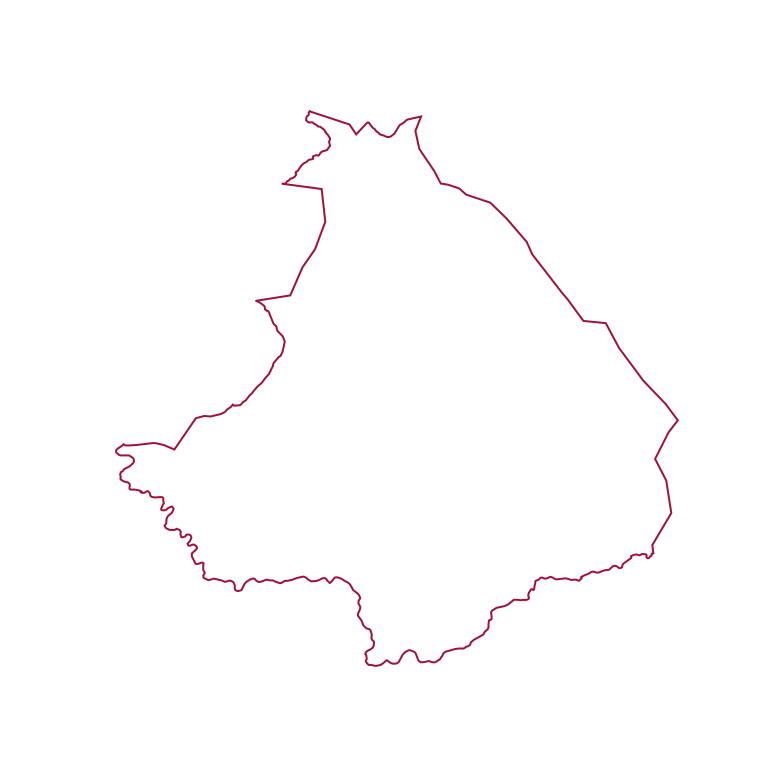 the district of Arbulag, Hövsgöl, Mongolia, rotated 347°
{"feature_id": "93677404B38396259035136", "entity_name": "Arbulag", "entity_type": "district", "adm_level": 2, "iso_a3": "MNG", "parent_name": "Mongolia", "parent_adm1": "Hövsgöl", "projection": "natural_earth1", "projection_center": [99.205, 49.962], "detail": "fine", "context": "isolated", "style": "outline", "palette": "rose", "viewbox_px": 768, "rotation_deg": 347, "n_neighbors": 0, "source": "geoboundaries", "source_scale": "gbopen_adm2", "svg_char_len": 6166}
<svg xmlns="http://www.w3.org/2000/svg" viewBox="0 0 768 768"><g transform="rotate(347 384 384)"><path d="M480.3,131.7L466.5,131.6L464.8,132.1L462.7,133.5L457.9,135.2L456.7,136.0L450.6,142.3L446.1,144.4L443.7,144.4L442.4,143.9L438.2,140.9L437.0,140.5L435.9,139.4L435.0,137.8L433.4,136.1L432.1,133.3L430.9,132.1L428.5,127.2L428.2,126.0L426.8,125.5L425.8,126.0L413.1,134.5L408.7,123.3L374.0,102.3L373.1,101.4L371.7,102.5L371.3,104.6L371.0,105.0L369.5,105.7L368.4,106.8L367.4,109.4L368.0,110.5L369.5,112.2L373.0,112.9L373.6,113.3L374.2,114.4L376.2,116.1L377.9,118.4L379.7,119.0L382.9,122.8L383.6,125.2L384.3,126.1L384.2,127.1L385.1,128.1L386.6,132.3L386.3,133.8L384.9,135.7L385.0,139.7L381.2,143.2L375.9,143.6L374.5,144.2L372.0,146.5L371.4,146.7L369.6,145.8L366.3,146.1L365.8,146.8L365.6,148.5L365.2,148.8L361.1,148.7L358.5,150.2L355.4,151.0L353.0,152.3L347.6,157.1L345.7,157.7L345.4,158.5L345.6,160.1L343.8,161.9L341.5,162.8L338.9,162.9L336.9,164.4L335.1,164.7L334.0,165.9L333.0,166.5L329.4,165.8L367.1,180.0L363.3,212.7L347.1,237.2L330.8,252.0L312.6,276.6L277.5,274.1L278.8,274.7L281.1,276.5L285.0,281.1L285.1,282.0L284.8,284.4L286.4,286.4L287.2,286.7L288.2,288.4L288.3,290.4L289.8,299.9L290.3,301.2L291.8,303.0L292.1,304.7L291.9,307.3L292.3,308.6L296.1,314.8L296.9,320.2L292.7,329.2L289.6,333.3L287.3,334.1L280.8,339.1L279.6,341.8L277.1,344.6L276.3,346.0L275.3,346.7L274.6,348.1L269.3,351.8L265.3,355.3L260.2,358.0L255.5,361.4L253.4,363.3L250.4,364.9L245.6,368.9L242.6,369.9L239.9,371.9L238.7,372.2L233.6,371.5L233.0,371.3L232.0,370.1L230.0,371.7L225.2,373.7L222.6,375.5L218.1,376.6L207.6,376.6L201.5,374.7L193.0,375.0L165.0,400.7L156.0,394.1L148.7,390.5L145.9,389.6L129.5,387.8L121.7,386.5L119.0,385.9L117.7,385.3L116.7,384.1L115.3,385.1L110.4,386.9L108.2,388.2L107.7,389.9L107.9,390.9L110.1,393.7L111.5,394.4L117.4,395.7L119.7,396.4L122.4,399.2L123.2,400.4L123.1,403.0L121.9,404.6L117.6,407.0L111.6,408.5L109.7,410.2L107.8,410.7L106.5,412.9L106.6,415.3L105.9,416.9L106.0,417.8L108.3,420.2L112.3,422.3L113.5,423.7L113.6,425.4L112.5,428.3L112.8,429.4L113.6,430.0L116.7,430.6L120.7,432.2L123.0,433.7L123.8,434.8L123.6,435.0L122.4,434.0L122.6,434.9L124.5,435.8L125.7,436.1L128.9,435.2L129.7,435.3L130.3,435.8L131.1,437.2L131.3,440.5L132.5,441.9L135.2,443.0L141.3,444.0L142.9,444.7L143.3,445.6L142.6,448.1L142.7,450.6L141.4,451.9L138.7,455.6L138.7,456.4L139.1,457.0L141.1,457.6L143.1,457.7L146.1,456.2L149.3,455.6L149.9,455.8L150.8,457.7L150.9,458.3L150.5,459.0L148.5,461.7L144.0,463.9L142.5,465.5L141.7,466.7L140.6,470.5L139.7,471.7L138.5,472.3L138.3,473.0L139.4,475.7L142.3,477.9L145.8,478.9L148.2,479.0L149.2,478.4L152.0,480.2L152.8,482.2L151.9,484.3L152.0,487.1L152.3,487.7L153.3,488.1L155.6,487.9L156.4,487.6L157.2,486.6L158.3,486.4L160.5,487.0L161.5,488.1L161.8,489.5L161.5,490.9L159.5,493.4L156.8,495.3L156.7,496.1L157.3,497.6L158.0,497.9L162.0,497.5L162.9,497.8L164.0,499.0L165.0,501.0L164.8,502.0L163.1,503.4L158.6,505.9L158.0,508.8L160.0,516.8L161.5,517.5L166.3,517.0L167.1,517.3L167.9,518.2L167.0,520.2L166.1,524.4L166.3,525.9L166.9,527.4L166.7,528.1L164.8,530.0L164.6,531.6L164.8,532.4L168.8,535.7L174.6,535.4L181.3,538.7L184.5,541.0L189.8,540.9L190.7,541.4L192.5,543.1L192.9,544.2L193.3,546.8L192.6,549.4L192.7,551.0L193.6,552.2L195.0,552.9L197.8,552.9L198.8,552.7L202.8,547.8L205.0,546.0L209.6,544.3L213.0,544.1L214.2,544.8L215.3,547.0L217.1,548.6L219.3,549.0L225.5,548.2L228.7,549.7L231.7,550.4L233.9,552.3L237.8,554.7L239.2,554.8L242.9,553.5L246.0,554.1L250.2,554.1L255.9,553.4L261.7,553.5L262.5,553.7L264.6,555.2L265.6,556.9L268.6,559.9L273.6,560.7L276.2,560.5L280.5,559.4L282.9,560.0L283.9,560.9L284.4,562.7L286.4,565.7L287.9,565.1L291.6,562.1L292.9,561.5L295.4,562.0L299.0,564.4L301.1,566.7L304.4,569.6L305.3,570.8L306.0,572.2L307.6,577.8L311.5,582.6L312.5,585.4L312.6,587.4L310.4,589.7L309.9,591.3L309.8,592.4L310.7,595.3L310.6,596.6L309.9,598.1L306.8,602.3L306.6,604.2L308.8,609.3L309.6,614.4L310.1,615.4L311.8,618.1L314.5,619.6L315.5,621.0L315.7,625.5L314.5,629.1L314.8,630.5L316.1,632.4L316.2,633.4L315.2,636.4L313.9,638.3L311.3,639.5L308.2,640.2L305.6,641.6L305.4,642.7L305.0,643.1L305.6,643.8L305.7,644.2L305.4,647.7L305.1,648.5L304.0,649.6L303.9,650.6L305.1,653.2L306.2,654.4L309.5,655.3L311.0,656.3L313.2,656.9L317.4,657.0L320.6,655.8L324.2,653.8L324.9,654.0L327.7,657.3L329.5,658.4L332.4,659.1L334.3,658.9L335.9,658.1L341.0,652.3L342.5,651.1L345.0,649.8L348.2,649.0L349.1,649.1L352.7,651.4L354.0,652.8L354.3,653.9L355.3,661.2L357.1,663.4L360.3,664.0L365.3,664.0L368.5,666.0L370.7,666.6L371.8,666.5L376.8,664.7L377.9,663.4L379.3,662.4L381.2,660.0L382.4,659.2L384.2,658.7L394.0,658.2L398.2,658.7L401.4,659.6L403.1,659.4L404.9,658.5L406.7,658.5L409.1,657.6L410.7,655.2L414.2,653.4L424.0,650.6L425.0,649.9L426.1,648.4L429.9,646.3L431.2,644.3L431.7,641.8L433.1,638.1L433.7,637.7L435.0,637.8L436.0,636.9L436.5,635.2L436.9,630.7L438.4,629.1L443.4,627.4L451.5,627.5L454.3,627.0L458.0,625.5L461.8,623.5L464.3,623.9L469.1,625.6L470.4,625.5L473.9,626.4L476.2,626.1L476.7,625.8L477.1,625.1L477.0,622.2L478.3,619.9L481.1,617.2L481.9,617.1L483.2,618.3L484.0,618.0L485.3,614.5L486.8,611.6L487.0,610.4L488.1,609.8L490.6,609.4L492.9,608.1L494.3,608.1L497.2,610.0L499.2,610.0L502.6,609.3L504.9,610.6L506.0,611.9L508.1,613.2L516.7,614.1L518.6,614.8L522.0,616.9L527.0,617.8L527.9,618.2L529.2,619.4L529.9,619.5L532.8,617.8L533.0,617.2L532.6,616.6L533.1,616.3L535.9,615.6L540.3,614.9L543.8,613.8L545.9,613.9L548.9,615.7L551.6,616.0L553.7,615.5L557.2,615.2L561.5,615.6L566.0,613.1L567.6,612.9L569.6,613.8L571.8,616.4L573.6,616.5L574.7,616.0L575.8,613.8L577.2,612.7L585.7,609.2L586.1,607.3L589.0,606.7L591.8,606.9L593.3,607.9L594.7,608.4L597.3,607.7L600.4,608.7L601.0,609.1L601.4,609.9L600.8,611.5L601.0,612.5L601.9,613.2L602.9,613.2L604.6,611.9L605.7,611.6L606.7,609.7L607.2,610.0L607.9,609.4L608.4,609.5L609.2,601.3L634.9,574.4L637.3,541.6L631.3,518.0L650.4,495.1L662.1,485.5L653.9,466.8L637.4,439.1L621.1,401.7L613.8,374.6L592.5,367.4L581.9,342.7L577.6,334.4L557.7,291.2L555.0,277.6L540.4,249.9L528.3,231.2L506.8,218.1L501.3,210.4L491.2,204.2L484.4,201.4L480.9,187.9L471.3,162.9L471.5,144.5L480.3,131.7Z" fill="none" stroke="#9f1239" stroke-width="2"/></g></svg>